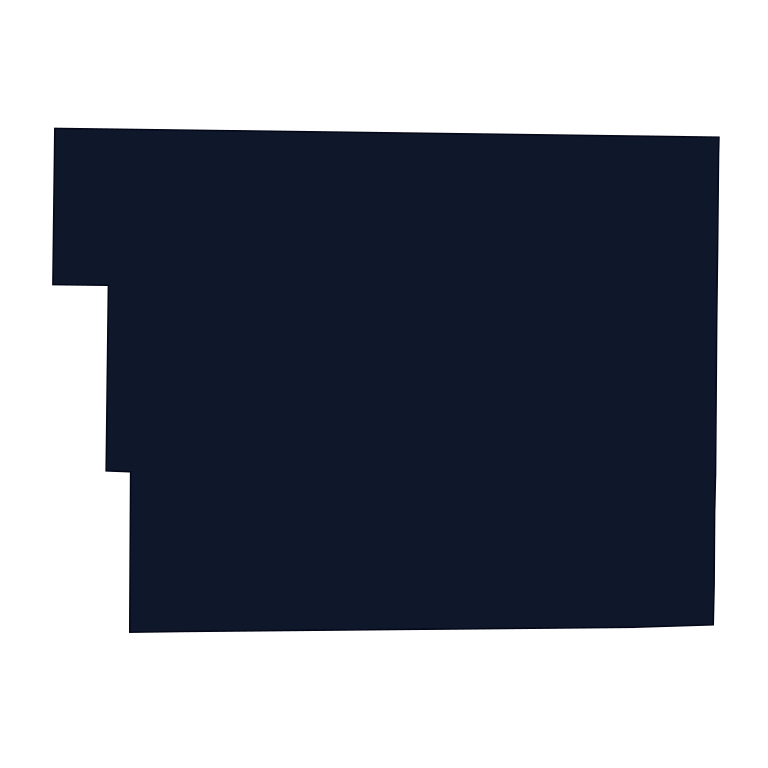 outline of Williams, Ohio, United States of America, rotated 181°
{"feature_id": "52423323B84599741370960", "entity_name": "Williams", "entity_type": "district", "adm_level": 2, "iso_a3": "USA", "parent_name": "United States of America", "parent_adm1": "Ohio", "projection": "natural_earth1", "projection_center": [-84.66, 41.566], "detail": "fine", "context": "isolated", "style": "filled", "palette": "ink", "viewbox_px": 768, "rotation_deg": 181, "n_neighbors": 0, "source": "geoboundaries", "source_scale": "gbopen_adm2", "svg_char_len": 422}
<svg xmlns="http://www.w3.org/2000/svg" viewBox="0 0 768 768"><g transform="rotate(181 384 384)"><path d="M50.6,149.0L50.4,187.9L51.2,264.1L51.1,265.8L51.0,292.8L50.9,299.0L52.4,448.5L52.7,502.4L52.8,524.3L53.5,619.5L53.4,636.4L53.4,636.6L717.6,633.8L717.1,529.2L716.8,477.6L661.3,477.9L660.3,292.3L635.8,291.8L633.9,131.4L578.7,133.1L131.2,145.1L50.6,149.0Z" fill="#0f172a" stroke="#020617" stroke-width="1.5"/></g></svg>